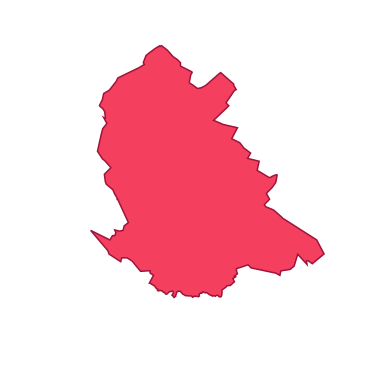 the district of Nácori Chico, Sonora, Mexico, rotated 318°
{"feature_id": "50627088B84390839219422", "entity_name": "Nácori Chico", "entity_type": "district", "adm_level": 2, "iso_a3": "MEX", "parent_name": "Mexico", "parent_adm1": "Sonora", "projection": "natural_earth1", "projection_center": [-109.021, 29.616], "detail": "fine", "context": "isolated", "style": "filled", "palette": "rose", "viewbox_px": 384, "rotation_deg": 318, "n_neighbors": 0, "source": "geoboundaries", "source_scale": "gbopen_adm2", "svg_char_len": 5059}
<svg xmlns="http://www.w3.org/2000/svg" viewBox="0 0 384 384"><g transform="rotate(318 192 192)"><path d="M265.5,61.7L260.8,60.7L253.4,60.0L249.2,59.8L242.3,63.3L242.0,65.3L236.0,64.2L213.2,57.6L209.9,59.0L198.8,61.0L192.3,59.7L187.0,63.5L181.1,65.8L180.9,67.1L181.5,70.0L180.9,73.8L177.1,79.1L176.6,78.7L176.2,77.5L174.6,84.1L168.0,85.2L163.0,88.5L149.0,98.5L147.7,106.8L147.6,107.6L147.7,108.1L148.1,110.3L148.0,119.6L147.7,119.7L138.7,120.2L134.4,126.5L133.5,128.9L134.7,137.3L133.7,140.2L133.2,141.9L133.3,141.9L132.0,147.5L131.5,147.3L131.4,147.5L132.0,147.7L131.3,149.6L124.3,172.1L118.9,171.8L115.0,174.4L111.9,172.5L109.2,168.4L108.1,171.4L105.6,172.7L103.7,171.2L98.9,172.7L91.0,152.7L90.2,179.3L88.8,182.7L92.4,196.1L95.7,193.9L99.7,197.5L101.3,203.2L100.7,216.5L108.1,222.4L106.6,224.3L107.7,228.1L99.3,231.2L99.4,231.3L99.6,231.4L99.9,231.5L100.0,231.5L100.1,232.5L100.1,233.0L100.2,233.4L100.3,233.6L100.4,233.8L100.5,234.0L100.6,234.4L100.6,234.6L100.7,234.8L100.8,235.1L100.9,235.3L101.1,235.9L101.2,236.5L101.2,236.8L101.3,237.0L101.2,237.5L101.1,238.6L101.0,239.1L101.0,239.3L101.0,239.6L101.0,239.9L101.1,240.2L101.2,240.5L101.5,241.1L101.5,241.3L101.4,241.4L101.4,241.5L100.9,241.6L100.6,241.8L100.6,242.4L100.7,242.7L100.9,243.1L101.3,243.3L101.5,243.4L102.0,243.5L102.5,243.8L102.6,244.2L102.8,244.4L103.0,244.6L103.4,245.1L103.5,245.2L103.6,245.3L103.7,245.8L103.5,246.1L103.5,246.3L103.6,246.8L103.8,247.6L104.0,247.9L104.2,248.0L104.3,248.2L104.4,248.5L104.3,248.8L104.2,249.3L104.1,249.7L104.1,250.0L104.2,250.4L104.6,250.7L105.2,251.1L106.0,251.1L106.7,251.0L107.7,251.0L108.2,251.0L108.4,251.0L108.5,251.0L109.3,251.5L109.6,251.7L109.8,251.9L109.9,252.0L110.2,252.1L110.6,252.1L110.9,252.2L111.3,252.6L111.4,252.8L111.3,253.0L111.2,253.4L111.1,253.7L111.0,254.1L110.9,254.2L110.8,254.3L110.6,254.4L109.8,254.7L109.2,255.0L108.5,255.2L108.3,255.2L107.9,255.4L107.9,255.5L108.0,255.6L108.4,255.8L108.4,256.3L108.3,256.7L108.1,257.0L108.1,257.3L108.1,257.6L108.2,257.8L108.1,258.0L108.0,258.3L108.3,258.4L108.6,258.4L108.8,258.4L109.3,258.3L109.5,258.5L110.2,258.5L110.3,258.5L110.6,258.2L110.8,257.9L111.1,257.5L111.5,257.5L112.0,257.4L112.3,257.2L112.6,256.9L113.0,256.5L113.9,256.3L114.3,256.2L114.7,256.4L114.9,256.5L115.2,256.5L115.3,256.5L115.6,256.8L115.9,257.1L116.2,257.4L116.4,257.6L116.6,257.8L116.8,257.9L116.9,258.1L116.9,258.3L116.9,258.5L116.8,258.9L116.8,259.7L116.8,260.4L116.8,261.4L116.8,261.7L116.8,261.8L116.9,262.3L117.3,262.9L117.5,263.4L117.6,263.6L117.6,263.8L117.6,264.0L117.6,264.3L118.0,264.9L118.4,265.3L121.3,268.3L121.5,268.4L121.7,268.5L121.8,268.7L122.0,269.0L122.1,269.4L122.2,269.6L122.2,269.8L122.0,270.1L121.9,270.2L121.9,270.3L121.9,270.5L122.0,270.5L122.5,270.8L123.0,270.8L123.5,270.8L123.9,271.0L124.3,271.2L124.3,271.3L124.4,271.7L124.5,271.8L125.5,272.4L125.7,272.5L125.9,272.7L126.0,272.8L126.1,273.0L126.1,273.3L126.5,274.0L126.8,274.2L127.4,274.2L127.6,274.2L127.8,274.2L127.8,273.9L128.1,273.6L128.3,273.5L129.1,272.8L129.3,272.7L129.6,272.7L130.6,273.1L131.1,272.9L131.3,273.0L131.5,273.3L131.5,273.6L131.7,273.8L131.8,273.8L132.1,273.8L132.8,273.5L133.2,273.4L133.3,273.4L133.5,273.8L133.6,274.0L133.8,274.4L133.8,274.6L133.9,275.1L134.0,275.2L134.2,275.4L134.5,275.6L134.5,275.9L134.6,276.0L135.5,276.6L135.6,276.8L135.8,277.0L136.0,277.3L136.0,277.7L135.9,278.0L136.0,278.8L136.1,279.5L136.5,280.6L137.2,281.8L137.5,282.0L137.5,282.3L137.4,282.7L137.4,282.8L137.4,283.0L137.6,283.1L138.1,283.3L138.3,283.3L138.5,283.4L138.6,283.6L138.8,283.8L139.0,284.0L139.2,284.4L139.4,284.7L139.5,285.0L140.4,285.1L140.7,285.2L140.9,285.2L141.1,285.3L141.2,285.5L141.3,285.6L141.8,285.7L142.0,286.0L142.1,286.4L142.1,286.7L142.1,287.0L142.0,287.5L142.1,287.8L142.2,288.1L142.5,288.6L143.1,288.9L143.3,289.2L143.4,289.3L143.5,289.3L143.9,289.2L144.0,289.2L145.2,288.4L146.4,287.4L147.6,286.2L148.7,284.9L153.7,285.4L155.2,285.1L158.0,287.1L163.5,287.1L164.4,283.7L167.7,284.2L167.2,282.9L171.1,283.2L171.8,281.3L173.6,278.7L185.0,283.7L185.1,287.9L200.0,308.4L201.5,312.8L205.3,310.1L213.1,315.2L218.3,315.4L228.9,309.0L229.0,322.8L230.9,319.8L232.3,320.7L233.4,325.8L248.7,326.4L252.6,311.0L241.8,272.0L241.9,271.3L240.6,260.0L236.9,252.2L237.3,249.8L244.8,249.3L246.3,242.8L253.4,242.4L253.8,242.4L254.3,242.3L255.3,242.1L256.5,241.9L257.7,241.6L259.2,241.3L260.7,240.9L261.3,240.4L263.2,239.1L266.7,236.2L266.3,235.7L265.0,235.0L263.0,234.3L262.0,233.9L261.2,233.8L260.3,233.7L259.5,233.3L259.2,233.1L259.0,232.8L254.9,219.5L262.5,214.1L255.8,204.2L261.6,202.3L260.0,194.0L260.5,187.4L257.2,179.0L258.2,178.6L268.8,174.7L260.3,162.6L256.8,154.8L255.9,153.2L277.0,152.6L276.9,148.5L291.2,145.0L293.4,145.5L294.2,141.1L295.2,139.6L293.2,122.4L290.8,122.2L274.1,122.0L272.2,121.7L268.7,120.7L267.0,119.8L265.7,118.9L265.2,118.4L265.0,117.0L264.4,113.9L263.2,109.4L263.3,108.9L263.6,108.5L269.8,103.9L271.9,103.4L272.3,102.7L267.7,90.7L269.9,88.3L269.8,84.2L268.5,78.7L268.6,70.2L267.3,62.8L265.6,62.5L265.5,62.1L265.4,61.8L265.5,61.7Z" fill="#f43f5e" stroke="#9f1239" stroke-width="1.5"/></g></svg>